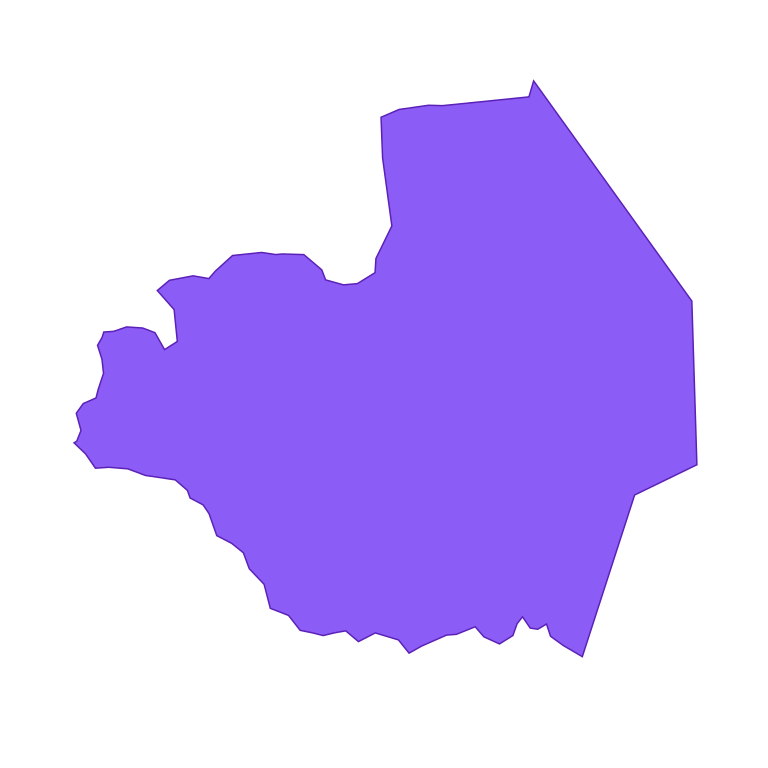 Prastio Kellakiou, Limassol, Cyprus, rotated 265°
{"feature_id": "46923920B33838275162727", "entity_name": "Prastio Kellakiou", "entity_type": "district", "adm_level": 2, "iso_a3": "CYP", "parent_name": "Cyprus", "parent_adm1": "Limassol", "projection": "robinson", "projection_center": [33.132, 34.803], "detail": "fine", "context": "isolated", "style": "filled", "palette": "violet", "viewbox_px": 768, "rotation_deg": 265, "n_neighbors": 0, "source": "geoboundaries", "source_scale": "gbopen_adm2", "svg_char_len": 1240}
<svg xmlns="http://www.w3.org/2000/svg" viewBox="0 0 768 768"><g transform="rotate(265 384 384)"><path d="M352.4,70.1L340.4,80.6L325.3,89.2L325.0,102.7L321.8,121.4L313.7,138.3L306.7,167.7L295.1,178.9L287.3,180.9L279.4,193.2L270.1,198.4L247.5,204.2L238.5,218.4L228.1,229.2L211.7,233.7L194.9,247.1L170.4,251.2L161.8,268.7L145.9,279.0L142.3,291.1L138.7,301.5L140.5,313.6L141.4,324.4L129.6,336.1L136.8,353.6L127.8,376.1L113.7,385.5L119.6,398.5L128.4,424.4L128.3,434.2L134.2,453.7L123.4,461.5L115.0,476.4L122.2,490.5L133.6,495.7L140.0,501.7L128.1,508.4L126.3,515.8L130.7,525.0L118.2,527.9L107.7,540.0L95.1,557.8L251.6,624.0L276.3,688.7L276.9,688.7L439.8,697.9L444.3,695.2L672.9,559.5L657.4,553.4L656.2,466.5L657.8,452.7L656.2,423.0L650.0,404.3L609.4,402.3L540.8,405.6L509.7,386.9L495.7,384.8L486.3,366.2L486.3,352.3L492.8,334.9L503.1,332.0L519.9,315.4L522.4,293.9L522.4,287.4L525.7,273.6L525.2,244.3L511.3,226.0L504.3,218.7L508.4,203.3L506.0,179.3L496.9,166.3L476.4,181.4L444.4,181.8L437.4,168.4L455.1,160.3L460.8,148.5L463.3,132.6L460.0,119.2L460.2,109.4L454.9,107.2L447.5,102.0L433.1,105.2L419.0,105.5L403.5,98.8L395.2,95.9L390.8,82.8L381.7,74.9L364.1,78.1L353.8,72.9L352.4,70.1Z" fill="#8b5cf6" stroke="#5b21b6" stroke-width="1.5"/></g></svg>